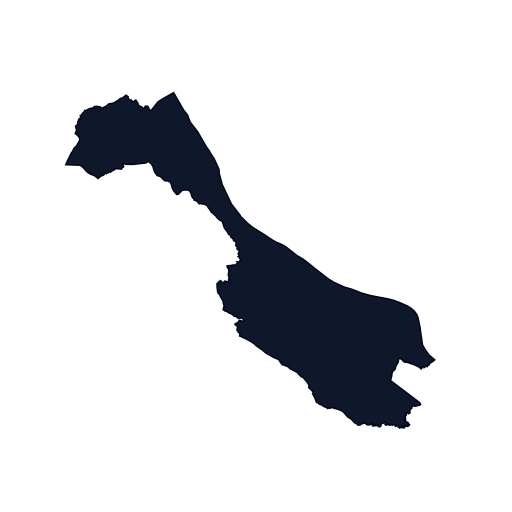 That Phanom, Nakhon Phanom, Thailand, rotated 308°
{"feature_id": "78962969B35250175896926", "entity_name": "That Phanom", "entity_type": "district", "adm_level": 2, "iso_a3": "THA", "parent_name": "Thailand", "parent_adm1": "Nakhon Phanom", "projection": "natural_earth1", "projection_center": [104.685, 16.983], "detail": "fine", "context": "isolated", "style": "filled", "palette": "ink", "viewbox_px": 512, "rotation_deg": 308, "n_neighbors": 0, "source": "geoboundaries", "source_scale": "gbopen_adm2", "svg_char_len": 6051}
<svg xmlns="http://www.w3.org/2000/svg" viewBox="0 0 512 512"><g transform="rotate(308 256 256)"><path d="M208.9,475.0L210.1,475.3L210.1,475.6L209.8,475.7L210.1,476.1L211.4,475.4L211.5,475.7L210.7,476.1L210.9,476.5L211.8,476.5L210.9,477.0L211.4,478.3L212.1,477.7L212.4,478.4L213.3,478.7L214.0,477.8L214.9,479.9L215.2,479.9L215.2,479.4L215.4,479.6L215.2,480.6L216.5,480.9L217.6,480.9L217.8,478.9L218.3,478.8L218.1,477.2L217.4,476.0L217.8,475.2L217.4,475.2L217.4,474.8L218.2,475.0L218.2,474.2L218.9,474.7L219.0,474.3L218.7,473.9L219.0,473.8L219.6,473.8L219.5,474.4L220.3,473.2L221.5,472.7L221.6,471.8L223.1,472.4L223.6,472.1L224.6,471.0L225.2,471.3L225.8,473.5L226.8,473.8L227.4,473.8L227.7,473.1L230.3,472.0L231.9,472.5L233.3,471.7L234.7,472.0L235.2,473.6L239.7,477.1L240.4,477.1L241.2,475.1L240.7,438.5L243.3,437.7L248.5,434.8L252.2,435.3L255.6,434.0L260.1,433.4L262.5,431.8L264.1,432.7L264.0,433.4L264.3,435.3L263.8,436.1L264.3,436.4L263.7,438.1L264.2,439.0L265.0,438.5L264.8,439.8L265.4,439.8L265.6,440.2L265.5,441.7L266.5,442.3L266.2,443.3L267.7,447.5L268.8,452.4L268.7,455.7L269.5,455.4L270.5,455.9L272.6,455.9L272.7,456.7L272.0,457.2L273.1,457.3L273.2,457.7L274.0,457.1L274.4,459.0L275.9,458.3L276.0,458.8L276.5,458.8L276.5,459.4L279.0,459.1L279.9,459.7L284.2,460.8L284.6,453.0L286.4,447.0L288.4,442.0L301.3,428.6L307.2,421.5L308.7,419.2L310.0,414.9L310.3,410.5L309.9,406.4L307.7,397.6L306.0,392.2L303.7,386.9L295.4,370.7L291.7,361.7L288.6,351.3L286.0,345.1L283.2,333.5L282.5,327.2L282.4,311.5L282.6,299.8L282.5,294.7L281.6,288.4L281.6,273.5L281.1,269.9L279.4,263.5L278.6,258.3L278.1,250.8L276.5,235.6L276.6,229.5L277.7,219.7L278.3,218.5L281.9,204.4L291.6,185.2L298.2,176.5L301.6,173.4L307.0,162.9L309.1,156.5L310.0,154.8L311.4,149.9L317.9,133.8L321.1,121.4L325.0,115.2L326.5,109.0L334.0,90.5L321.9,85.5L317.2,83.9L305.7,83.8L305.7,82.1L307.2,79.2L307.2,78.1L305.9,76.5L303.9,77.1L303.1,76.6L303.1,73.6L302.3,71.6L302.4,70.8L303.8,68.8L304.0,67.4L304.9,65.8L304.7,65.1L302.1,64.5L301.7,63.8L302.1,61.8L301.2,59.9L301.9,57.9L302.9,57.1L302.7,56.0L302.8,54.6L297.8,53.3L297.1,52.3L293.4,51.4L288.7,49.5L285.3,46.4L281.8,45.7L277.4,43.4L277.6,41.3L277.3,41.1L276.2,38.8L274.4,36.6L272.5,36.5L269.2,33.8L265.7,32.4L265.6,31.5L264.5,31.8L261.7,31.4L259.4,31.7L258.6,31.1L258.4,31.7L257.2,32.1L256.9,32.6L255.3,32.9L255.1,32.2L254.5,32.2L253.0,33.1L252.5,32.8L251.7,33.0L250.0,34.3L248.4,34.3L247.9,33.9L246.8,34.2L246.4,35.2L245.8,35.5L245.1,37.0L241.4,38.1L241.1,41.8L240.3,44.4L239.7,45.2L237.7,46.1L236.6,46.1L235.5,46.5L234.5,46.3L232.6,46.8L228.7,46.2L225.5,47.1L223.8,47.0L215.0,48.8L210.8,49.9L219.3,61.6L219.3,65.3L218.2,70.9L218.5,74.7L219.9,79.6L219.8,83.9L221.7,84.0L223.9,84.9L225.0,84.9L225.1,85.7L226.6,86.1L228.6,86.2L228.6,87.4L229.5,87.4L230.4,88.3L232.1,88.9L232.4,89.7L233.9,90.0L237.4,91.5L238.1,91.1L238.5,91.8L239.2,91.9L239.2,93.1L240.1,93.8L241.5,96.4L243.4,96.3L245.0,96.8L246.1,94.7L246.5,94.9L246.7,94.5L247.5,94.5L248.0,95.5L247.8,96.4L248.1,97.1L252.9,103.2L261.5,111.9L264.6,113.0L264.1,114.8L264.1,118.3L263.5,118.3L262.9,120.3L262.4,120.5L260.2,123.8L259.6,124.9L258.6,128.8L259.8,131.7L259.1,137.4L259.7,138.9L260.5,139.6L261.5,143.0L259.8,145.9L258.1,148.0L256.7,150.9L255.6,155.6L257.3,156.9L259.0,156.9L260.9,157.4L262.6,157.0L263.0,158.1L263.9,158.7L264.2,159.6L265.3,160.0L265.4,161.0L266.2,161.8L266.2,163.0L266.8,163.7L266.6,164.3L266.0,164.6L265.2,166.5L263.9,168.0L262.9,170.1L262.7,171.8L261.9,173.1L262.6,174.1L262.8,176.3L262.1,179.1L263.3,180.3L263.9,181.7L265.1,183.3L265.4,186.2L265.3,187.5L264.7,188.5L263.7,192.3L263.0,193.5L263.3,196.2L262.9,196.7L262.8,199.7L262.1,202.2L261.9,204.3L262.4,208.3L258.8,213.5L257.9,216.1L257.8,217.3L256.3,220.9L256.4,224.0L255.6,224.4L255.2,225.1L255.6,225.9L255.4,227.4L254.3,228.9L254.9,231.2L253.3,232.9L251.7,233.6L251.5,235.8L250.2,236.4L249.7,237.1L249.7,238.0L250.4,239.1L249.8,239.3L249.2,240.4L248.3,240.1L247.6,240.5L246.7,240.5L246.4,241.2L246.6,242.2L246.1,242.6L244.5,242.3L244.7,243.8L244.3,244.1L243.5,246.3L240.5,246.1L239.8,244.8L239.7,245.4L238.4,245.6L236.7,245.4L235.2,244.8L235.4,244.0L232.7,241.7L230.6,239.3L229.6,240.0L229.6,240.6L229.2,240.9L228.6,242.7L227.4,243.8L223.9,245.9L223.1,246.9L222.5,248.2L220.9,248.6L219.8,250.0L218.6,249.8L216.8,246.7L215.2,247.4L214.5,245.0L214.8,243.2L212.6,242.5L210.6,242.8L210.3,242.3L207.9,244.1L203.9,248.1L203.2,250.0L203.2,251.6L202.4,252.3L199.9,258.3L198.5,259.4L197.3,261.3L194.8,262.7L193.8,262.8L193.5,263.3L193.6,265.6L194.3,267.0L194.5,269.9L195.4,273.2L195.1,276.1L196.1,277.6L195.9,280.5L196.5,281.4L198.1,282.2L198.4,284.3L197.9,286.0L197.3,286.5L196.6,286.3L195.4,283.0L194.8,282.5L192.6,282.6L189.5,281.3L189.0,281.8L189.1,284.2L188.9,285.1L186.0,286.5L185.3,287.9L184.8,290.9L184.2,291.7L182.9,292.3L184.5,298.9L185.5,305.2L185.7,308.9L185.4,310.9L185.8,318.9L185.6,323.9L187.0,332.5L188.2,337.0L188.0,339.1L187.1,340.8L186.9,342.6L186.6,342.9L186.6,344.2L187.3,345.2L187.5,346.6L188.2,347.7L188.2,349.1L188.6,349.6L188.1,351.9L189.6,359.8L188.7,365.6L189.2,368.5L187.9,374.5L186.7,377.5L184.8,378.5L184.0,385.3L182.5,385.1L180.2,390.1L178.4,392.9L178.0,393.8L178.4,396.0L178.2,397.4L179.2,399.4L179.0,401.4L179.8,404.1L180.0,406.4L180.9,406.5L181.0,407.5L183.2,409.0L185.7,415.1L186.8,419.0L186.7,422.1L185.6,427.1L186.1,431.0L185.3,436.2L185.8,439.5L185.4,440.4L186.3,440.8L186.2,441.3L186.7,442.0L188.8,442.6L190.0,443.6L190.7,443.6L191.6,446.1L191.2,447.2L191.8,447.8L192.2,448.8L193.6,449.8L194.1,450.6L194.5,450.2L195.2,450.4L195.2,451.1L194.5,452.0L195.0,452.2L194.9,453.0L194.3,453.0L195.1,453.9L195.1,453.3L195.9,452.7L196.3,453.4L196.5,455.0L197.3,455.0L197.4,456.0L197.0,456.9L197.7,457.1L197.2,458.4L198.7,459.1L200.8,458.0L204.1,460.1L204.2,460.4L203.4,461.4L202.8,461.3L202.7,462.5L203.0,462.8L203.4,462.5L204.3,463.2L204.3,464.1L204.8,464.0L205.2,465.9L206.7,466.4L206.5,467.6L207.2,467.6L208.1,468.8L208.2,469.2L207.6,470.9L208.0,471.1L208.5,470.7L209.2,471.7L209.3,473.3L208.8,473.5L209.2,474.1L208.9,475.0Z" fill="#0f172a" stroke="#020617" stroke-width="1.5"/></g></svg>